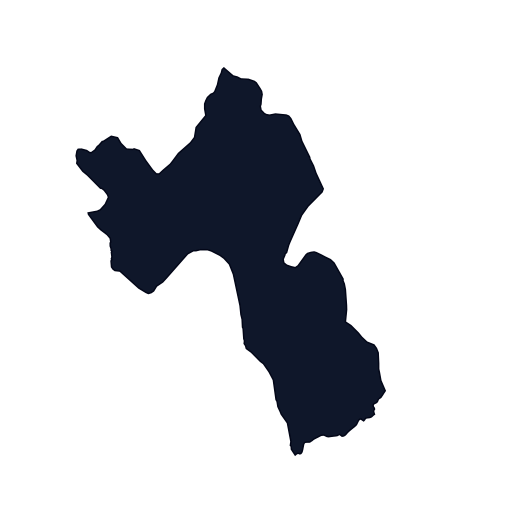 Tecpán Guatemala, Chimaltenango, Guatemala, rotated 139°
{"feature_id": "79465075B20320299128156", "entity_name": "Tecpán Guatemala", "entity_type": "district", "adm_level": 2, "iso_a3": "GTM", "parent_name": "Guatemala", "parent_adm1": "Chimaltenango", "projection": "orthographic", "projection_center": [-90.996, 14.81], "detail": "fine", "context": "isolated", "style": "filled", "palette": "ink", "viewbox_px": 512, "rotation_deg": 139, "n_neighbors": 0, "source": "geoboundaries", "source_scale": "gbopen_adm2", "svg_char_len": 3434}
<svg xmlns="http://www.w3.org/2000/svg" viewBox="0 0 512 512"><g transform="rotate(139 256 256)"><path d="M161.2,262.6L156.4,279.2L153.5,286.3L151.6,293.9L150.7,295.3L146.1,312.6L143.2,318.9L141.2,330.7L139.6,336.7L139.5,340.1L140.7,342.5L148.2,350.4L153.4,353.4L155.5,356.0L156.3,358.2L156.5,362.8L154.5,366.2L152.7,367.3L149.0,371.0L145.4,373.9L143.8,376.6L143.2,379.4L142.2,386.5L142.7,388.9L145.8,394.3L151.2,399.5L152.7,403.3L155.2,407.0L156.9,419.0L159.2,418.9L162.2,416.8L167.1,414.7L172.7,410.5L179.3,407.1L181.3,406.8L184.1,407.7L188.6,407.5L192.0,406.1L194.9,404.5L198.2,400.7L201.7,394.9L216.8,392.3L224.6,385.8L231.1,384.4L247.2,384.3L256.8,382.2L260.4,381.5L269.5,381.6L275.2,381.4L277.4,383.3L277.7,388.7L276.7,400.3L274.9,412.1L277.7,416.8L279.1,417.3L283.6,421.6L284.1,429.5L282.9,436.1L286.7,441.3L296.3,442.7L296.9,443.3L301.7,442.6L304.0,442.7L308.0,441.6L312.5,442.0L313.7,443.2L314.6,446.7L317.6,451.1L320.2,453.2L322.2,452.7L326.0,449.6L328.3,445.4L330.5,443.5L331.1,433.5L330.1,427.6L328.9,409.3L327.9,408.0L327.4,405.1L327.8,399.7L328.8,397.1L335.9,393.9L343.2,393.0L346.4,393.9L354.4,398.6L355.1,397.3L356.4,381.9L355.9,377.5L354.3,369.8L354.4,365.0L356.5,361.7L357.5,361.5L359.5,359.1L360.7,356.2L361.6,355.4L361.6,354.1L362.7,353.7L365.4,349.7L367.1,348.7L367.3,347.6L368.6,347.4L372.2,342.5L372.5,339.9L372.0,337.6L368.6,333.9L365.5,308.7L362.9,300.6L361.8,298.3L359.1,297.1L356.2,296.8L350.8,298.5L343.5,297.6L337.4,298.3L306.2,302.5L299.8,301.1L297.9,299.4L294.0,297.4L288.4,292.5L286.3,289.0L282.7,280.1L281.6,275.2L281.4,267.3L285.0,257.1L300.6,229.0L305.8,221.6L308.0,217.3L312.9,211.1L313.3,209.7L319.5,201.5L320.3,199.6L322.4,197.6L322.7,195.2L324.0,192.5L322.6,186.4L321.8,173.5L321.0,169.9L322.1,160.0L324.2,151.1L335.1,134.4L335.5,132.4L338.3,127.9L339.9,122.3L340.7,120.1L341.8,109.4L345.2,103.6L351.4,93.0L354.3,90.5L354.3,89.2L356.1,86.9L357.0,80.1L355.3,80.1L354.1,79.8L353.3,79.1L352.7,77.9L351.7,77.5L350.6,77.7L349.8,78.0L348.0,79.2L343.8,82.5L342.7,83.1L341.5,83.3L340.5,82.8L338.6,81.3L338.0,80.7L337.2,80.3L336.1,80.2L334.8,80.0L333.3,80.0L332.0,79.8L330.3,79.4L329.1,79.1L327.6,78.7L326.1,78.4L324.4,77.9L323.5,77.3L322.6,76.7L322.0,75.9L320.9,73.4L320.0,72.2L319.3,71.7L317.6,70.6L315.5,69.2L313.8,68.0L312.5,67.2L311.6,67.0L310.1,66.7L309.7,65.7L309.3,63.6L308.3,62.9L307.5,62.6L306.2,62.4L304.8,62.5L303.7,62.7L301.6,62.9L298.7,62.9L292.0,62.7L290.7,62.9L287.2,64.4L285.8,64.8L284.9,64.8L283.5,64.0L283.5,63.2L282.9,61.0L281.7,61.1L280.5,61.5L279.2,61.5L278.2,60.9L277.6,60.5L276.5,59.7L275.7,59.3L274.5,58.9L273.5,58.9L271.5,59.0L270.5,58.8L270.0,59.9L269.5,61.1L268.8,61.9L268.0,62.4L267.0,62.7L266.5,63.8L266.3,65.3L265.7,66.4L264.6,67.0L263.8,67.0L262.9,66.8L261.5,66.4L260.6,66.4L259.9,66.5L258.5,67.2L257.4,67.7L256.2,67.6L255.0,67.4L253.9,67.5L253.0,67.8L252.2,68.0L251.4,68.2L249.9,68.7L246.9,69.5L243.5,80.1L239.3,87.1L237.6,90.2L233.8,94.6L227.3,102.8L225.7,107.3L225.3,111.5L228.8,118.3L229.5,125.4L229.3,130.7L230.0,141.1L231.8,147.6L222.9,156.0L220.1,159.4L210.6,172.0L207.7,177.0L206.5,180.4L205.4,181.5L201.7,199.5L202.2,204.4L204.6,210.0L206.1,213.9L208.3,219.0L209.5,220.9L212.1,222.6L215.4,224.1L217.4,224.1L230.7,221.0L234.0,221.4L236.5,224.8L238.9,229.0L239.5,232.6L237.6,235.8L233.7,237.7L232.7,238.5L230.6,238.6L224.2,242.8L221.1,244.4L203.1,252.8L194.8,256.9L184.0,259.5L164.1,261.0L161.2,262.6Z" fill="#0f172a" stroke="#020617" stroke-width="1.5"/></g></svg>